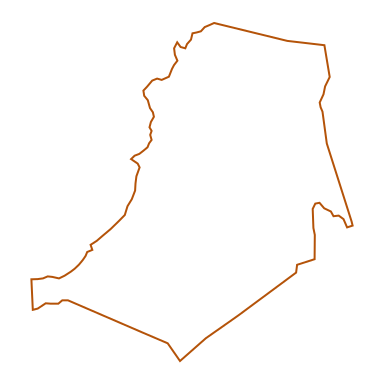 São José do Campestre, Rio Grande do Norte, Brazil (Mercator projection)
{"feature_id": "56859067B48903560700593", "entity_name": "São José do Campestre", "entity_type": "district", "adm_level": 2, "iso_a3": "BRA", "parent_name": "Brazil", "parent_adm1": "Rio Grande do Norte", "projection": "mercator", "projection_center": [-35.766, -6.302], "detail": "fine", "context": "isolated", "style": "outline", "palette": "amber", "viewbox_px": 384, "rotation_deg": 0, "n_neighbors": 0, "source": "geoboundaries", "source_scale": "gbopen_adm2", "svg_char_len": 1323}
<svg xmlns="http://www.w3.org/2000/svg" viewBox="0 0 384 384"><path d="M214.1,23.0L209.9,24.9L204.7,27.1L200.9,31.3L196.5,32.5L192.5,33.3L191.0,39.6L187.0,44.1L185.3,48.3L180.6,47.0L177.2,42.3L174.1,48.3L174.9,54.8L177.4,60.7L174.0,65.1L172.0,68.9L168.9,76.7L161.7,79.9L157.1,78.6L152.2,80.6L146.9,86.9L143.4,90.6L144.2,95.8L147.8,100.2L150.0,108.1L152.9,112.3L153.9,116.8L150.9,122.0L149.5,127.3L151.6,130.9L150.2,134.9L151.6,139.9L149.1,143.3L147.5,147.3L143.3,150.8L139.3,153.9L134.6,155.7L131.1,159.1L137.7,163.6L139.6,167.4L136.4,176.3L135.5,183.5L135.1,190.6L131.8,199.2L127.5,206.2L124.8,215.0L119.0,220.9L110.8,228.9L102.5,235.9L96.7,240.9L90.6,244.8L92.3,249.9L87.2,252.0L85.6,255.9L82.8,260.0L79.0,264.6L74.6,268.8L70.8,271.7L64.6,275.7L59.0,278.4L52.3,276.9L47.7,276.4L43.0,278.4L37.6,279.1L31.4,279.3L32.8,309.8L37.7,308.6L45.7,303.3L51.0,303.7L58.3,303.7L62.3,300.3L67.9,300.3L142.2,332.4L167.7,343.3L180.0,361.0L205.9,338.2L226.3,323.9L238.5,315.3L296.1,272.6L297.1,264.8L314.6,259.2L314.8,234.9L313.4,228.0L312.7,208.9L315.3,203.6L319.5,202.8L324.2,208.3L330.9,211.5L333.5,216.2L338.7,215.6L343.5,219.1L347.1,227.4L352.6,225.6L351.6,221.5L326.8,143.5L322.5,111.7L320.6,107.2L319.7,102.5L323.5,94.3L325.1,86.4L329.7,77.0L324.4,45.2L287.3,40.9L214.1,23.0Z" fill="none" stroke="#b45309" stroke-width="2"/></svg>